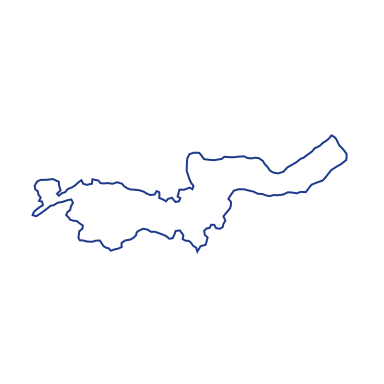 the district of Dores do Rio Preto, Espírito Santo, Brazil, rotated 72°
{"feature_id": "56859067B99160788457513", "entity_name": "Dores do Rio Preto", "entity_type": "district", "adm_level": 2, "iso_a3": "BRA", "parent_name": "Brazil", "parent_adm1": "Espírito Santo", "projection": "natural_earth1", "projection_center": [-41.815, -20.626], "detail": "fine", "context": "isolated", "style": "outline", "palette": "blue", "viewbox_px": 384, "rotation_deg": 72, "n_neighbors": 0, "source": "geoboundaries", "source_scale": "gbopen_adm2", "svg_char_len": 2959}
<svg xmlns="http://www.w3.org/2000/svg" viewBox="0 0 384 384"><g transform="rotate(72 192 192)"><path d="M181.3,41.9L183.3,44.9L184.8,48.4L185.8,52.7L187.4,55.7L188.0,58.7L188.3,61.8L190.4,65.0L191.7,68.7L192.8,72.4L193.9,75.3L194.0,78.4L196.0,83.7L197.1,88.9L198.1,93.7L201.0,98.9L200.9,104.5L198.5,108.8L195.6,111.3L191.9,112.3L187.8,114.3L184.5,114.9L180.3,118.1L178.8,121.8L178.5,124.9L176.9,128.6L174.2,131.4L172.6,137.4L172.0,140.9L170.6,145.3L168.5,150.3L169.7,153.5L169.1,157.6L168.5,161.3L166.9,165.2L164.5,170.4L159.6,171.9L156.9,173.1L155.2,178.2L155.2,182.8L158.6,186.1L161.9,187.5L164.6,188.5L167.4,189.5L170.0,190.5L178.4,190.5L183.0,190.0L186.8,188.7L189.4,190.8L187.1,192.8L187.4,198.8L185.9,203.2L191.9,207.1L194.3,205.0L196.8,207.2L196.4,210.8L191.3,212.9L191.1,216.9L192.8,219.6L190.0,222.0L187.5,225.0L185.0,223.9L182.0,223.3L180.2,225.4L182.8,228.2L182.0,232.7L179.3,235.7L176.6,238.0L173.7,242.2L171.9,246.3L170.5,249.9L168.3,252.6L165.3,254.9L162.6,255.9L159.7,260.0L159.6,265.0L157.5,269.4L156.6,273.2L155.3,276.3L152.2,277.5L149.1,282.8L153.2,284.6L152.7,289.9L150.6,292.9L146.6,293.5L147.5,296.4L149.8,301.7L150.5,305.0L150.9,309.6L153.0,312.7L152.9,316.0L154.4,319.7L152.0,321.0L149.8,316.5L144.9,316.4L141.1,315.5L139.0,317.9L136.7,320.2L135.5,326.5L133.7,332.1L134.2,336.1L137.6,339.8L141.2,340.2L143.8,338.4L146.9,338.9L150.6,337.6L153.2,340.2L154.8,337.6L158.4,337.8L159.3,341.4L161.0,346.4L162.4,348.9L164.8,350.7L166.9,347.7L165.9,343.7L164.5,339.3L163.0,334.8L161.4,330.7L161.8,327.4L160.7,323.2L161.4,317.9L161.3,313.4L161.8,309.1L165.4,308.5L168.3,311.6L171.5,313.4L172.6,316.7L175.1,318.8L178.1,317.2L180.6,316.5L182.6,313.8L183.9,310.7L186.9,308.7L190.1,306.2L192.9,307.4L194.6,311.4L197.4,312.7L200.6,314.2L203.3,313.6L204.5,310.4L206.8,306.9L208.5,302.2L208.6,298.3L209.7,294.6L212.4,293.9L216.1,292.9L218.4,290.9L219.9,288.5L222.7,287.4L222.7,283.3L223.0,279.2L222.6,275.9L218.8,274.8L217.4,270.7L218.2,265.4L217.5,261.9L215.9,258.7L213.2,257.0L212.3,254.1L211.9,249.7L214.0,246.0L217.2,243.3L218.4,239.5L221.7,235.2L225.6,230.5L229.4,228.0L230.0,224.7L226.8,221.7L224.0,219.6L224.8,215.4L227.6,214.5L230.4,213.6L234.0,215.4L236.4,213.1L237.4,210.3L239.8,208.7L243.1,207.7L246.4,205.3L250.3,205.3L246.2,200.6L246.4,195.3L243.7,193.5L240.0,191.2L236.7,193.1L232.6,192.4L231.1,189.3L231.6,186.2L229.1,184.0L230.1,181.0L233.9,180.2L235.6,176.8L234.9,173.7L232.2,172.1L229.6,169.1L224.8,169.6L222.0,165.2L219.2,160.8L216.4,159.0L213.4,158.0L209.7,159.5L206.5,155.6L203.6,151.7L203.8,146.9L205.4,141.8L208.1,137.7L210.6,133.4L213.9,130.1L215.7,125.6L218.4,122.3L219.9,119.4L220.2,115.1L221.6,111.3L222.6,106.1L221.9,100.8L223.7,96.4L225.6,92.9L225.5,88.5L227.3,83.7L224.9,80.4L222.0,76.1L221.6,70.3L221.4,64.0L219.5,60.7L217.1,57.2L214.2,52.7L212.6,46.9L211.5,41.4L209.2,35.4L206.0,33.9L203.4,33.3L198.8,34.8L196.0,36.1L193.0,37.6L186.2,38.5L183.5,39.7L181.3,41.9Z" fill="none" stroke="#1e3a8a" stroke-width="2"/></g></svg>